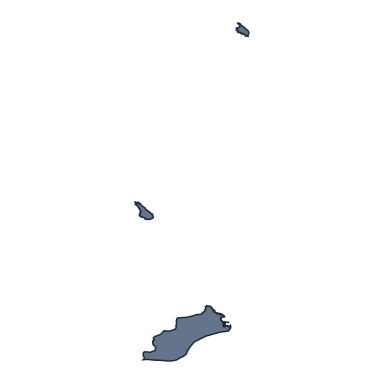 outline of Akureyrarkaupstaður, Norðurland eystra, Iceland
{"feature_id": "244011B9807446828123", "entity_name": "Akureyrarkaupstaður", "entity_type": "district", "adm_level": 2, "iso_a3": "ISL", "parent_name": "Iceland", "parent_adm1": "Norðurland eystra", "projection": "robinson", "projection_center": [-18.184, 66.06], "detail": "fine", "context": "isolated", "style": "filled", "palette": "slate", "viewbox_px": 384, "rotation_deg": 0, "n_neighbors": 0, "source": "geoboundaries", "source_scale": "gbopen_adm2", "svg_char_len": 5672}
<svg xmlns="http://www.w3.org/2000/svg" viewBox="0 0 384 384"><path d="M210.3,306.2L209.2,306.2L207.6,305.7L207.7,305.8L207.4,306.0L207.1,306.0L206.9,305.8L206.7,306.0L206.6,305.9L206.5,306.1L206.2,306.1L206.5,306.2L206.3,306.3L206.3,306.5L205.9,306.6L206.1,306.9L205.8,306.9L206.0,307.1L206.0,307.3L206.0,307.5L206.0,307.9L205.7,308.1L205.8,308.3L205.4,308.8L205.4,309.0L205.5,309.1L205.3,309.3L205.3,309.5L205.0,310.0L205.0,310.3L204.8,310.3L204.9,310.7L204.7,311.0L204.8,311.3L204.7,311.4L204.8,311.4L204.6,311.4L204.2,311.5L204.0,311.8L203.7,311.9L203.5,312.1L203.5,312.3L203.1,312.3L202.8,312.4L202.9,312.5L202.5,312.6L202.4,312.8L202.3,313.0L202.2,313.2L202.2,313.4L201.8,313.6L201.5,314.0L201.1,314.2L200.3,314.3L200.0,314.5L196.9,314.5L192.3,316.1L190.2,316.4L187.0,317.3L177.6,317.9L177.0,318.6L176.8,319.0L176.3,320.7L176.3,321.6L176.5,322.3L176.6,323.3L176.3,324.9L176.1,325.1L175.9,326.3L175.9,326.9L176.4,327.7L174.9,329.3L170.8,330.8L167.0,331.2L166.1,331.1L164.5,330.6L163.1,331.7L161.3,333.8L160.4,334.4L159.6,334.8L158.1,335.2L156.5,336.0L155.4,336.2L153.5,337.7L153.3,338.1L153.5,338.8L153.7,339.2L154.4,339.7L154.3,339.9L153.0,340.7L152.6,341.1L152.6,342.0L153.2,344.8L154.3,345.6L155.6,347.5L155.2,350.3L154.2,350.9L151.9,351.5L150.6,352.4L150.1,352.4L147.7,352.0L144.3,351.9L143.6,352.4L143.2,353.0L143.2,354.2L143.4,354.8L143.2,355.9L144.3,357.1L144.3,357.6L144.3,358.4L144.1,358.8L143.2,359.7L145.7,359.5L148.3,359.4L149.9,359.7L155.9,360.2L160.5,360.3L168.2,361.0L172.2,360.8L174.2,360.5L176.7,359.9L180.6,357.6L183.4,356.3L186.4,353.9L186.7,353.4L187.2,351.6L187.4,351.0L188.6,349.3L189.3,347.9L192.9,343.6L193.4,342.9L194.1,342.0L205.6,336.2L219.2,332.4L221.1,332.0L228.5,331.0L228.5,330.8L228.7,330.5L229.5,329.9L229.6,329.6L229.6,329.1L230.5,328.3L230.8,326.5L230.5,325.6L230.3,326.1L230.0,326.1L229.6,326.8L229.1,327.0L228.9,326.6L228.6,326.3L228.7,326.1L228.5,325.8L227.6,325.6L227.0,325.7L226.8,326.1L226.4,326.1L226.2,325.8L225.5,325.7L225.0,322.7L224.1,322.7L224.7,326.9L223.8,326.8L223.5,326.5L223.5,325.9L223.2,325.9L223.2,324.4L223.4,324.4L223.2,324.3L223.1,323.3L222.8,322.3L223.0,322.2L223.1,321.9L225.5,322.0L228.4,322.6L228.6,322.5L228.6,322.4L224.6,321.8L222.5,321.8L221.9,321.1L222.1,321.0L221.8,320.8L221.2,320.2L221.0,319.7L221.0,319.4L221.3,318.7L221.2,318.3L221.5,317.9L221.2,318.1L221.3,317.9L221.1,317.7L221.4,317.5L221.6,317.6L221.9,317.4L221.6,317.2L222.2,317.0L224.2,317.0L224.6,316.8L224.6,316.7L224.1,315.8L221.9,314.9L222.4,314.7L221.5,314.2L221.1,314.1L221.7,314.5L221.1,314.8L220.4,314.5L220.1,314.6L220.0,314.4L219.9,314.5L219.7,314.3L221.1,313.8L220.1,313.9L219.9,313.7L219.2,313.9L219.8,313.5L218.9,313.4L218.4,313.7L218.0,313.6L218.0,313.4L217.2,313.5L217.2,313.4L217.1,313.5L216.4,313.5L216.3,313.3L216.3,313.5L216.1,313.4L216.1,313.2L216.4,313.2L217.2,313.3L217.7,313.3L216.6,313.1L216.4,312.8L215.8,312.8L215.6,312.6L215.1,312.4L214.0,311.9L213.6,311.5L213.6,311.3L214.2,311.2L214.3,311.3L214.1,311.6L214.7,311.1L214.3,310.9L214.6,310.8L214.7,310.5L214.4,310.4L213.3,310.0L213.3,309.7L212.7,309.5L212.7,309.3L212.3,309.0L212.4,308.8L212.0,308.5L212.2,308.3L211.4,307.9L211.6,307.4L211.0,307.1L210.9,306.7L210.5,306.5L210.3,306.2ZM136.3,202.5L135.8,202.1L135.4,202.0L135.1,202.1L135.3,202.4L135.2,202.7L135.9,203.5L135.7,203.8L136.2,203.9L136.2,204.0L136.5,204.2L136.4,204.5L136.9,204.8L136.8,205.1L136.4,205.1L137.6,205.9L137.6,206.5L138.2,206.8L138.4,207.3L138.9,207.6L139.0,208.1L139.3,208.3L139.0,208.6L139.3,208.8L139.7,209.4L139.7,209.6L140.0,210.1L140.9,210.9L140.7,211.2L140.6,211.8L140.4,212.0L140.7,212.2L140.7,212.4L140.6,212.6L140.6,212.8L140.4,213.0L139.8,213.2L139.9,213.8L139.7,214.0L139.4,214.5L139.4,214.8L139.8,215.0L139.9,215.3L139.5,215.6L139.6,215.9L140.7,216.2L140.8,216.5L140.7,216.7L141.4,217.0L144.5,217.7L144.8,217.9L144.8,218.1L144.9,218.3L144.4,218.8L144.7,218.7L144.9,218.7L145.0,218.4L145.5,218.5L145.6,218.8L145.5,219.0L144.8,218.9L145.6,219.3L147.7,219.3L148.6,219.5L149.4,219.4L149.7,219.2L150.2,218.9L151.4,218.9L152.3,218.4L153.4,217.3L153.3,216.7L152.9,215.7L152.6,215.3L152.6,215.1L151.9,214.4L152.3,214.1L152.0,214.0L152.0,213.9L151.8,213.8L150.8,213.3L150.4,212.8L150.0,212.6L150.0,212.3L149.9,212.3L149.8,212.2L149.2,211.9L149.4,211.8L149.0,211.8L148.5,211.2L147.4,210.6L146.6,209.9L146.0,209.6L145.6,209.2L145.5,208.5L144.3,207.4L143.4,207.1L142.7,206.2L142.4,206.2L141.1,205.1L140.8,205.0L140.3,204.5L140.4,204.1L139.9,204.2L139.7,203.8L139.8,203.7L139.5,203.7L139.2,203.5L139.1,203.3L138.9,203.4L138.5,203.2L138.4,203.0L138.6,202.9L138.8,202.7L138.3,202.3L138.2,202.7L138.0,202.9L137.5,202.8L136.8,202.5L136.3,202.5ZM239.4,23.7L239.3,23.4L238.9,23.2L238.2,23.0L237.7,23.2L238.2,23.9L239.8,25.2L239.9,25.6L239.8,26.2L239.8,26.5L239.7,26.9L238.9,27.4L237.7,27.4L237.3,27.9L236.6,28.1L236.6,28.3L236.1,28.7L236.3,28.9L236.9,29.0L237.0,29.1L236.9,29.3L236.6,29.3L237.5,29.6L237.5,29.9L237.3,30.1L237.7,30.2L237.4,30.2L237.8,30.2L237.5,30.3L238.0,30.4L238.0,30.5L237.9,30.6L238.1,30.6L237.7,30.7L237.9,30.8L237.9,31.0L237.6,31.3L237.6,31.6L238.0,31.5L238.3,31.8L237.8,31.9L237.7,32.1L238.2,32.6L239.0,32.6L238.6,32.3L238.9,32.2L239.6,32.3L239.3,32.4L239.0,32.4L239.8,32.3L240.9,33.0L240.9,33.3L241.8,33.3L241.9,33.7L242.1,33.5L242.6,33.5L242.9,33.8L242.9,34.2L243.6,34.1L244.0,34.2L244.8,34.7L245.2,35.9L245.7,36.0L245.8,36.2L246.3,36.0L247.4,36.0L247.8,36.1L247.9,36.4L248.2,36.4L248.1,36.0L248.0,35.9L247.9,35.8L248.0,34.7L248.5,34.1L248.4,33.9L248.7,33.5L248.9,32.6L248.6,31.9L248.3,31.5L247.9,30.5L246.3,29.5L245.2,28.1L243.7,27.3L242.9,26.3L241.5,25.7L241.2,25.3L241.0,24.9L240.2,23.9L239.7,23.7L239.4,23.7Z" fill="#64748b" stroke="#1e293b" stroke-width="1.5"/></svg>